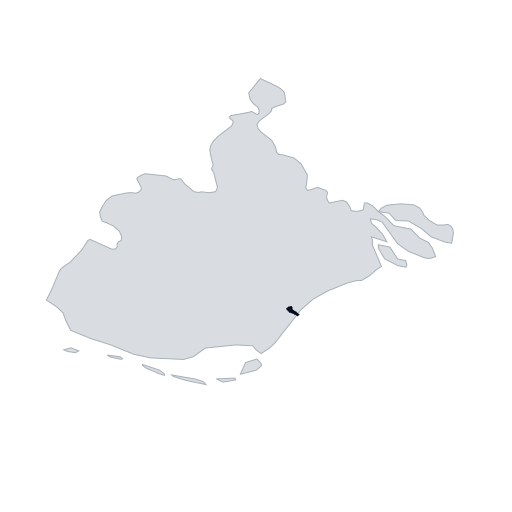 Beverwijk, Noord-Holland, Netherlands shown in context, rotated 204°
{"feature_id": "6326949B38309574133073", "entity_name": "Beverwijk", "entity_type": "district", "adm_level": 2, "iso_a3": "NLD", "parent_name": "Netherlands", "parent_adm1": "Noord-Holland", "projection": "equal_earth", "projection_center": [4.669, 52.479], "detail": "fine", "context": "in_parent", "style": "filled", "palette": "ink", "viewbox_px": 512, "rotation_deg": 204, "n_neighbors": 0, "source": "geoboundaries", "source_scale": "gbopen_adm2", "svg_char_len": 4389}
<svg xmlns="http://www.w3.org/2000/svg" viewBox="0 0 512 512"><g transform="rotate(204 256 256)"><path d="M324.2,419.9L314.9,419.7L306.2,419.5L301.6,418.9L296.7,417.1L294.4,413.5L291.6,409.1L292.4,406.4L300.5,398.8L301.7,396.7L300.8,395.6L301.6,392.3L307.8,381.0L308.6,376.4L305.8,373.2L301.7,371.3L288.6,368.0L282.3,363.3L279.4,359.2L276.5,358.0L272.2,359.4L261.3,360.9L252.5,358.7L242.0,350.9L239.6,343.9L238.3,338.6L235.7,336.8L232.2,339.5L227.8,343.8L219.0,344.3L216.5,343.3L216.1,340.9L215.6,338.6L213.2,335.8L210.6,334.2L199.5,342.2L195.4,342.2L190.2,339.1L187.6,336.1L181.9,337.8L176.8,341.5L178.5,348.5L175.8,349.8L169.5,349.2L162.3,346.3L154.4,344.6L142.3,339.7L125.5,343.6L113.8,339.0L104.1,338.5L98.0,334.8L91.6,328.5L96.2,324.4L100.7,322.9L118.5,322.2L131.4,324.7L154.6,338.3L160.5,338.2L166.7,336.5L163.6,332.8L157.7,331.0L149.1,327.3L142.2,322.2L158.4,320.5L156.2,317.9L154.1,313.3L137.1,297.5L140.0,293.2L144.3,284.1L149.7,276.5L154.0,274.5L161.0,269.1L176.2,253.3L185.9,240.5L193.0,225.4L203.5,183.7L206.6,176.7L211.7,168.9L218.0,170.4L222.4,172.6L238.0,166.7L264.7,151.4L272.5,138.2L280.2,132.0L310.7,120.1L327.6,116.5L353.7,115.6L372.5,113.4L395.1,112.7L403.9,120.0L409.0,125.4L417.1,128.4L429.6,130.5L429.0,141.2L429.5,162.3L428.6,166.1L423.2,175.0L417.5,191.1L416.0,201.7L414.3,203.7L390.4,203.6L387.0,205.5L386.6,207.8L387.8,210.5L387.3,213.2L385.4,215.4L386.5,218.9L390.7,222.9L398.3,225.4L406.4,225.6L410.6,225.2L413.6,228.0L416.7,232.5L416.6,238.0L415.5,245.5L411.8,252.4L400.9,260.3L395.9,263.1L391.3,264.5L389.1,266.7L388.1,269.3L388.4,271.7L396.3,278.1L396.2,279.6L393.9,282.9L390.9,286.0L370.7,292.5L362.2,292.0L357.5,295.3L356.0,295.9L350.6,292.9L338.7,289.5L334.3,290.7L331.8,292.5L324.4,294.8L319.0,298.4L319.1,303.0L328.6,315.0L332.0,317.4L332.2,321.8L336.8,327.4L341.6,334.5L342.2,339.0L341.7,343.5L339.3,349.9L331.2,365.0L331.1,367.9L331.9,370.1L334.7,370.7L336.9,371.9L336.2,373.9L320.9,384.4L318.9,386.2L312.4,385.7L311.4,387.5L312.4,390.3L314.9,392.8L320.4,394.1L325.2,396.8L329.0,402.0L324.2,419.9ZM162.3,346.3L161.0,350.6L157.4,355.4L145.3,362.4L132.6,366.9L126.1,366.4L121.7,364.0L119.3,361.5L112.6,359.1L103.3,357.9L97.5,360.5L93.4,362.9L89.8,362.5L87.1,360.5L85.0,357.3L82.4,347.3L89.3,345.5L104.2,344.8L115.8,348.3L131.0,350.0L142.7,345.2L151.8,349.3L162.3,346.3ZM137.2,305.7L146.1,311.9L148.0,313.9L148.7,316.1L137.3,318.6L125.4,310.9L117.4,312.7L114.5,309.1L114.4,306.8L122.7,304.9L137.2,305.7ZM222.2,154.3L213.3,162.3L207.9,160.0L206.3,158.2L209.1,152.0L222.2,141.6L222.2,154.3ZM261.6,118.9L253.2,119.8L249.4,118.2L269.6,113.8L282.3,112.4L284.6,113.0L261.6,118.9ZM315.6,110.7L298.0,112.5L292.0,111.1L291.0,109.8L295.8,109.1L310.9,108.9L315.5,110.0L315.6,110.7ZM242.2,127.6L225.6,135.9L224.2,134.5L234.8,127.4L242.2,127.6ZM387.6,96.9L379.3,97.2L381.6,94.3L389.3,92.1L393.5,92.1L387.6,96.9ZM351.8,104.9L339.3,108.7L336.2,107.9L337.0,106.8L348.0,104.4L351.8,104.9Z" fill="#d9dde1" stroke="#a8b0b8" stroke-width="1"/><path d="M203.2,223.9L203.3,223.8L204.2,223.1L204.5,222.8L204.7,222.7L204.8,222.6L205.0,222.5L205.0,222.4L205.2,222.2L205.3,222.2L205.3,221.9L205.4,221.7L205.4,221.4L205.5,221.4L205.5,221.2L205.8,221.0L206.0,220.9L206.1,220.7L206.2,220.4L205.9,220.3L205.9,220.2L205.6,220.0L205.4,220.1L205.3,220.3L205.2,220.3L205.1,220.2L205.1,219.9L204.7,219.8L204.3,219.7L204.3,219.8L204.2,219.7L203.9,219.6L203.7,219.6L203.4,219.5L203.3,219.4L203.3,219.5L203.3,219.4L203.2,219.4L203.3,219.3L203.2,219.3L203.1,219.2L202.9,219.1L202.6,218.9L202.5,218.7L202.4,218.6L202.2,218.7L202.1,218.8L201.9,218.9L201.7,219.0L201.3,219.1L201.2,219.0L200.9,219.0L200.9,218.9L200.7,218.9L200.2,218.9L199.9,218.9L199.6,218.9L199.5,219.0L198.4,219.1L198.1,219.2L197.9,219.2L197.7,219.3L197.6,219.2L197.6,219.3L197.5,219.2L197.4,219.3L197.1,219.5L197.1,219.4L196.9,219.5L196.4,219.3L196.4,219.2L196.5,219.2L196.4,219.2L196.1,219.0L195.8,219.1L195.7,219.0L195.3,219.0L193.9,218.6L193.7,219.2L193.4,219.7L195.0,220.1L195.5,220.3L195.9,220.4L196.0,220.4L196.2,220.5L196.5,220.6L196.8,220.9L197.1,220.9L197.6,220.7L197.8,220.7L198.1,220.7L198.1,220.8L198.4,220.8L199.0,221.0L199.8,221.1L200.0,221.1L200.4,221.2L200.6,221.2L200.7,221.3L200.8,221.3L200.7,221.4L200.9,221.5L201.0,221.5L201.3,221.4L201.5,221.6L201.9,221.9L202.0,222.0L202.5,222.3L202.1,223.2L202.2,223.3L202.3,223.3L202.5,223.4L203.2,223.9Z" fill="#0f172a" stroke="#020617" stroke-width="1.5"/></g></svg>